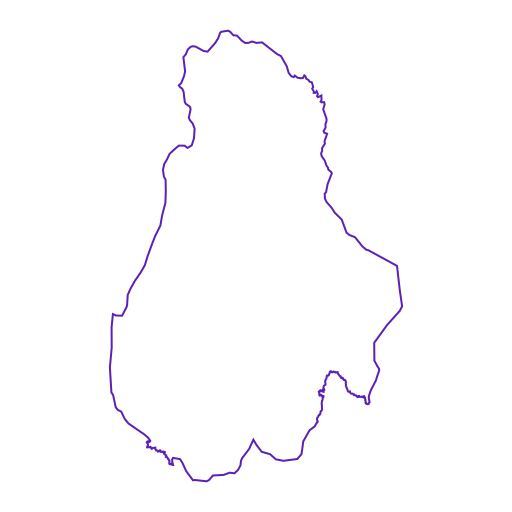 Masisi, Nord-Kivu, Democratic Republic of the Congo (Equal Earth projection)
{"feature_id": "63176286B62559292775761", "entity_name": "Masisi", "entity_type": "district", "adm_level": 2, "iso_a3": "COD", "parent_name": "Democratic Republic of the Congo", "parent_adm1": "Nord-Kivu", "projection": "equal_earth", "projection_center": [28.926, -1.376], "detail": "fine", "context": "isolated", "style": "outline", "palette": "violet", "viewbox_px": 512, "rotation_deg": 0, "n_neighbors": 0, "source": "geoboundaries", "source_scale": "gbopen_adm2", "svg_char_len": 5964}
<svg xmlns="http://www.w3.org/2000/svg" viewBox="0 0 512 512"><path d="M373.0,386.1L376.1,380.0L376.9,377.1L379.1,370.8L379.0,368.6L377.3,366.1L374.4,360.7L374.2,342.8L387.0,325.1L399.8,310.8L402.1,306.3L399.8,290.3L397.0,265.9L368.1,250.1L366.2,249.7L362.3,246.3L355.0,237.2L349.4,235.0L346.5,232.6L341.7,219.5L334.8,212.8L331.5,207.6L326.7,202.2L324.9,198.6L324.7,193.7L326.1,192.1L327.6,184.1L331.8,173.3L331.2,172.0L328.3,169.6L328.0,167.7L326.5,165.7L324.8,160.7L321.6,156.0L321.1,153.4L322.2,150.9L322.1,148.1L324.9,143.7L324.5,141.4L327.1,133.8L324.2,132.6L323.6,131.2L325.6,127.5L325.4,124.3L326.5,121.1L326.5,118.7L323.2,109.3L324.7,104.2L324.0,102.1L321.6,102.4L320.6,101.7L321.5,100.1L321.4,95.5L318.0,97.2L317.1,96.1L317.9,94.0L316.6,91.2L315.2,92.9L313.7,92.9L313.8,91.5L312.2,88.7L313.2,87.0L311.8,82.3L309.6,81.7L308.4,79.9L306.2,78.7L305.4,76.2L304.3,75.4L303.0,77.9L301.1,78.3L297.7,77.8L294.8,75.6L293.8,77.1L291.4,76.3L288.7,73.0L286.8,66.4L281.0,56.1L277.1,54.1L262.1,42.4L256.4,42.9L252.0,41.5L248.8,42.8L245.3,43.0L241.8,40.7L237.0,35.6L233.4,35.3L230.0,31.6L228.1,30.7L221.2,31.8L220.1,32.9L218.1,38.4L215.1,43.1L207.6,51.6L203.6,51.0L195.4,46.5L192.7,46.3L190.7,46.8L187.9,49.4L185.8,54.3L183.4,57.2L185.1,71.4L184.0,76.2L181.2,83.2L178.8,85.4L180.2,87.3L182.2,88.6L183.6,91.9L184.8,102.1L186.0,104.0L189.7,106.5L190.4,107.8L190.5,109.8L188.8,117.7L189.8,120.0L192.8,123.7L194.6,128.6L194.0,138.4L191.7,145.4L187.5,147.9L184.7,145.7L178.9,145.6L175.4,148.5L169.6,153.8L167.1,159.2L164.1,164.3L163.0,170.0L163.9,176.6L165.6,179.8L165.8,191.2L165.4,202.7L162.0,216.0L160.4,225.5L155.1,236.2L151.9,244.4L147.5,256.5L144.8,265.3L140.6,272.6L134.9,280.8L130.5,288.7L127.7,295.0L127.1,305.2L126.4,307.4L122.1,315.7L115.9,315.5L112.9,314.1L111.6,327.3L111.7,347.6L109.9,367.5L111.4,392.4L113.1,395.0L115.7,407.2L117.8,409.9L121.2,411.6L124.8,419.0L128.5,423.5L144.7,434.7L148.0,437.6L150.3,440.9L149.6,441.9L149.3,442.0L148.4,441.9L148.3,441.3L148.0,441.2L147.7,441.3L146.7,442.2L146.9,442.7L148.0,444.1L147.9,446.2L147.8,446.4L147.2,446.5L147.1,447.3L148.2,447.3L148.4,447.1L148.6,447.1L149.2,447.3L150.4,446.8L150.8,447.1L150.9,447.7L151.3,448.0L151.3,448.4L151.8,448.9L152.7,447.9L153.4,447.8L154.2,448.0L155.0,447.6L155.3,447.6L155.2,448.4L155.6,449.5L156.1,450.3L156.5,450.1L157.5,450.9L158.0,451.6L158.6,451.1L159.0,451.1L159.5,450.4L160.0,450.3L160.5,450.5L160.5,450.8L160.3,451.7L160.4,451.8L161.0,451.5L161.6,451.9L162.4,452.0L163.0,451.6L163.5,452.4L163.8,452.4L164.1,451.9L164.8,451.9L164.9,452.5L164.7,452.9L164.1,453.4L164.0,453.6L164.1,453.9L165.9,455.2L165.9,455.5L166.2,455.5L165.9,456.8L166.1,456.8L166.4,456.5L166.8,456.8L167.5,458.1L167.9,458.3L168.1,459.1L168.6,459.3L168.8,459.5L168.9,460.3L169.4,460.5L169.5,461.2L169.2,463.4L169.6,464.1L170.2,464.3L171.1,463.7L171.3,463.8L171.9,464.7L172.7,464.6L172.9,465.0L173.1,465.0L172.3,462.1L172.1,459.7L173.0,457.9L180.0,459.1L182.4,462.8L186.1,471.0L193.0,480.3L194.9,480.0L206.7,481.3L209.1,480.0L212.9,475.5L223.6,474.9L229.7,472.7L234.4,473.3L238.0,470.0L240.5,465.3L241.0,460.6L242.3,457.9L249.1,449.0L253.4,439.7L256.3,444.7L261.7,451.8L270.1,454.2L275.8,459.3L283.4,460.8L297.3,459.0L301.5,454.2L303.3,441.3L309.6,430.2L314.8,426.3L317.1,422.0L317.2,422.5L317.3,422.5L317.5,422.2L317.7,421.2L317.3,420.6L316.9,419.1L317.1,418.7L317.3,417.7L318.1,417.0L318.2,416.7L318.3,416.1L318.7,415.3L318.9,415.1L319.4,415.1L319.6,414.8L319.6,414.5L319.8,414.2L320.1,414.1L320.3,413.8L320.6,411.5L320.8,411.1L321.5,410.8L322.1,409.6L322.1,409.2L321.9,407.9L322.0,406.2L321.9,405.9L321.8,404.5L321.6,403.7L321.8,403.3L321.8,402.0L322.0,401.7L322.0,400.7L322.3,400.4L322.6,399.6L322.7,397.6L323.0,397.2L323.4,397.1L323.5,396.7L323.5,396.1L323.4,396.0L322.3,395.7L321.9,396.0L321.4,395.1L320.9,394.8L320.3,395.3L320.0,395.7L319.8,395.7L319.5,395.5L319.3,395.0L319.3,394.7L319.5,394.5L319.3,394.1L319.4,393.3L318.8,391.7L319.4,391.0L319.5,391.0L319.7,390.8L320.2,391.0L320.1,390.5L320.6,390.2L320.8,390.3L320.9,390.5L321.5,391.2L322.4,391.0L323.2,391.9L323.6,391.9L323.5,391.2L322.7,390.4L322.7,389.8L323.1,389.1L323.6,389.9L324.2,390.1L324.3,390.0L324.1,389.1L323.7,388.7L323.5,388.2L323.5,386.9L323.8,386.0L324.5,385.3L324.9,385.1L325.5,384.7L325.6,384.0L325.5,383.5L325.3,383.1L325.1,381.6L325.4,380.9L325.4,380.2L325.7,379.7L325.8,379.3L326.4,378.6L326.5,378.1L326.7,377.2L326.6,376.5L326.7,376.1L326.9,375.6L327.5,375.6L327.7,375.4L328.1,375.3L328.4,375.5L329.1,374.8L329.2,373.7L329.6,373.1L329.6,372.9L329.9,372.6L329.8,372.1L330.3,371.4L330.7,371.3L330.9,371.4L331.4,371.4L331.9,372.2L332.6,372.3L332.9,372.0L333.7,371.5L334.6,372.2L335.2,372.4L335.4,372.2L335.7,372.5L336.6,372.5L336.9,372.2L337.2,372.3L337.3,372.1L337.6,372.1L337.7,372.6L337.9,373.0L338.1,373.8L338.3,373.9L338.5,374.5L339.0,374.9L339.4,375.7L339.6,375.9L340.6,376.2L340.7,376.5L340.6,377.1L340.7,377.4L341.2,378.0L341.6,378.1L342.0,377.8L342.3,377.9L342.5,377.8L342.9,378.2L343.1,378.3L343.2,379.2L343.4,379.6L343.8,379.9L344.3,379.8L344.6,380.1L345.2,380.1L345.5,380.6L345.8,381.9L346.0,382.1L345.9,382.4L345.9,382.8L345.8,383.0L345.7,383.4L346.0,384.3L346.0,384.8L345.8,385.2L345.9,385.9L346.1,386.4L346.3,386.6L346.6,388.0L347.1,388.4L347.2,389.1L347.6,389.9L347.6,390.6L348.2,391.6L348.9,391.8L349.9,391.4L350.4,393.0L350.9,393.5L351.6,393.7L352.6,393.6L353.5,394.2L353.7,394.7L354.1,394.4L355.3,395.6L355.5,395.6L355.8,395.6L356.3,395.5L357.4,397.1L358.6,396.9L358.7,396.0L359.1,396.0L359.1,396.4L360.0,396.9L361.2,396.9L361.8,396.6L362.2,397.2L362.8,397.0L363.7,396.2L364.2,396.2L364.3,396.4L364.3,396.8L364.2,397.0L364.2,397.4L364.8,397.2L365.0,397.4L364.8,398.0L365.1,398.6L365.2,399.0L365.4,399.4L365.1,400.1L365.5,400.5L365.6,401.3L365.8,402.2L365.5,402.6L365.7,403.2L366.4,403.3L366.5,403.8L366.8,403.8L366.9,404.0L368.0,404.2L368.5,404.0L369.1,403.0L369.1,402.3L369.4,401.9L369.5,401.9L368.7,397.4L369.3,394.7L370.2,392.0L371.4,389.1L373.0,386.1Z" fill="none" stroke="#5b21b6" stroke-width="2"/></svg>